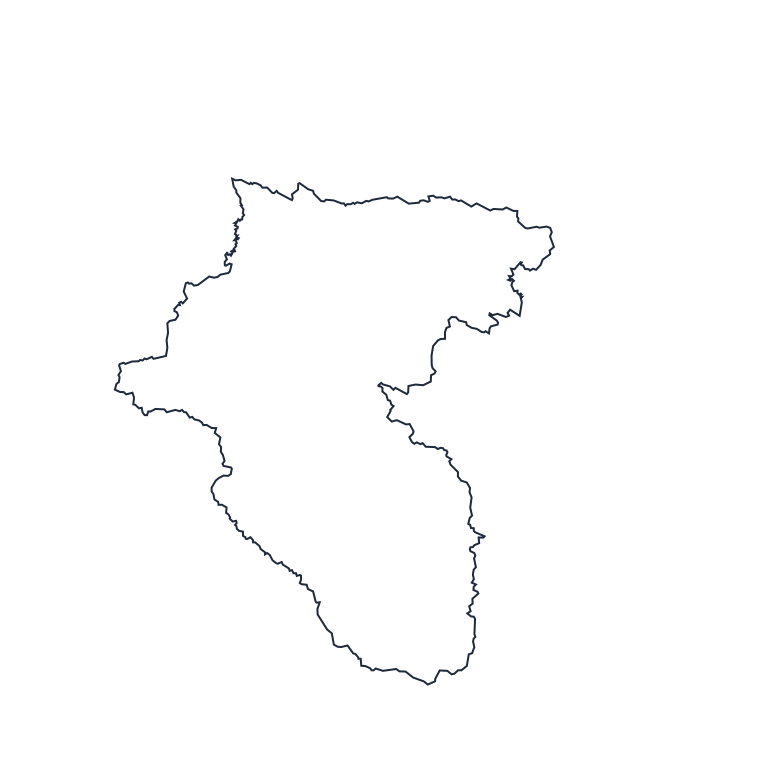 outline of Thong Pha Phum, Kanchanaburi, Thailand, rotated 132°
{"feature_id": "78962969B24065395096407", "entity_name": "Thong Pha Phum", "entity_type": "district", "adm_level": 2, "iso_a3": "THA", "parent_name": "Thailand", "parent_adm1": "Kanchanaburi", "projection": "orthographic", "projection_center": [98.674, 14.859], "detail": "fine", "context": "isolated", "style": "outline", "palette": "slate", "viewbox_px": 768, "rotation_deg": 132, "n_neighbors": 0, "source": "geoboundaries", "source_scale": "gbopen_adm2", "svg_char_len": 6166}
<svg xmlns="http://www.w3.org/2000/svg" viewBox="0 0 768 768"><g transform="rotate(132 384 384)"><path d="M597.9,192.9L587.6,184.2L587.2,180.2L583.3,175.6L582.6,165.8L578.3,155.3L578.1,150.4L570.8,147.1L568.6,148.7L559.6,150.9L554.8,145.0L554.5,139.5L552.1,137.8L547.2,137.4L544.9,134.9L538.1,133.8L528.2,140.1L525.1,138.4L519.1,140.8L515.8,145.5L513.2,147.0L510.8,146.9L509.3,149.5L497.7,159.1L496.8,161.5L498.5,163.8L498.7,168.6L494.9,167.6L492.2,172.0L487.9,171.2L484.4,174.6L476.6,173.7L475.8,175.5L477.2,179.7L474.8,181.6L471.5,181.5L472.9,185.8L468.9,186.6L466.3,190.3L462.0,193.1L458.7,193.1L453.3,200.4L450.4,201.3L449.2,203.8L450.4,207.9L449.4,209.7L447.5,210.5L445.8,208.9L443.3,209.0L438.6,206.8L434.7,211.0L431.7,207.4L429.9,207.4L433.2,217.1L433.1,218.9L431.1,220.8L432.8,223.0L431.0,225.8L431.6,227.8L426.1,230.7L422.9,230.5L418.2,237.2L409.7,243.0L407.2,248.0L403.7,250.5L401.8,256.6L404.2,262.0L403.3,267.2L400.0,270.0L399.4,280.7L397.7,283.8L394.8,283.6L395.9,289.0L395.1,290.3L392.2,291.2L391.6,293.0L392.8,295.2L392.2,297.2L393.6,299.3L396.3,300.5L396.7,303.8L402.7,311.0L402.1,315.8L404.4,316.7L405.4,320.6L408.2,321.5L408.4,324.5L406.5,329.6L401.9,329.2L399.4,330.3L396.6,338.1L399.3,340.6L402.3,350.3L406.7,353.1L406.4,359.5L399.6,361.0L399.2,362.0L394.0,362.1L394.4,364.8L392.3,368.3L393.4,370.4L390.5,375.0L390.6,380.2L388.1,382.3L388.0,384.8L389.3,386.6L388.6,387.3L385.0,386.8L385.1,384.7L381.8,378.0L382.0,373.1L379.2,372.9L376.2,360.3L374.1,360.4L369.1,364.5L363.2,360.1L358.7,354.1L350.9,350.9L346.0,354.9L342.5,353.5L340.1,354.0L339.7,358.6L337.9,361.3L331.0,367.7L322.9,372.9L315.5,373.1L312.7,372.0L309.5,368.9L304.8,373.3L300.6,375.1L297.2,373.5L293.4,378.9L289.0,378.6L286.2,375.1L286.7,370.7L283.1,364.3L284.8,362.0L283.6,356.4L280.9,351.9L280.0,346.3L278.6,344.2L276.8,343.8L276.2,339.9L271.9,342.8L269.6,343.1L263.8,339.3L262.1,340.3L261.4,342.6L262.4,351.8L260.8,352.7L260.1,349.3L255.9,346.6L252.7,338.3L249.5,336.8L248.5,339.7L244.4,340.0L242.6,328.8L231.1,336.2L228.9,339.5L226.9,339.6L228.1,340.6L227.4,341.7L225.5,341.6L225.3,342.9L227.1,343.4L227.1,345.8L225.3,347.2L227.9,349.4L225.4,355.3L222.2,356.9L220.4,356.5L220.3,358.9L222.8,359.3L223.5,361.3L221.0,360.4L220.1,363.3L218.5,361.2L216.1,361.0L213.3,366.8L211.4,363.8L202.1,364.0L201.5,362.9L203.4,362.7L203.8,361.4L202.7,359.9L204.2,356.1L201.8,353.2L202.0,351.4L198.6,350.4L197.4,347.4L190.6,347.3L185.4,349.3L176.3,347.4L173.9,350.2L168.5,349.4L163.2,359.4L158.9,360.9L156.8,365.0L158.3,368.6L163.9,373.1L165.0,375.8L172.2,381.2L173.5,383.4L173.5,393.0L171.0,395.1L170.7,397.1L166.2,400.7L168.8,403.7L171.0,411.2L174.9,412.6L180.7,419.8L184.0,421.1L187.9,436.1L193.7,437.8L196.0,449.6L198.2,450.9L199.1,454.4L201.3,456.8L200.6,460.3L205.6,463.3L206.8,466.2L210.5,469.9L211.1,473.4L214.9,476.5L217.2,472.6L219.3,473.3L220.9,477.4L223.6,479.7L225.8,479.3L233.4,486.3L235.9,499.5L240.1,501.3L243.3,505.1L243.3,506.9L255.0,516.0L258.5,517.5L259.9,519.8L264.6,521.4L266.9,525.5L269.8,526.4L270.0,528.2L272.6,529.0L275.0,531.7L277.2,531.9L276.6,534.7L278.1,536.1L281.2,544.1L285.9,550.5L288.5,550.7L290.1,553.2L289.5,563.4L287.9,566.0L290.0,570.7L291.2,581.1L292.6,581.7L297.2,577.9L304.6,579.3L307.1,576.1L309.0,575.5L312.8,590.6L312.3,593.0L315.8,593.4L316.7,594.9L316.2,602.2L319.5,605.8L318.9,608.8L320.2,613.0L321.7,615.3L323.6,615.6L323.6,617.6L325.5,617.7L327.9,626.8L332.0,630.6L333.0,634.2L337.9,627.8L338.9,623.4L340.6,621.7L342.0,615.0L345.5,612.0L346.2,609.3L347.2,609.8L348.2,605.3L351.5,603.2L352.0,601.0L354.5,601.0L356.7,599.5L358.0,600.7L359.1,600.4L359.1,602.5L360.8,601.8L364.2,602.7L363.3,601.4L365.9,600.7L365.0,597.8L366.5,597.0L368.7,598.1L369.1,596.2L372.3,595.1L372.0,593.5L373.3,592.4L372.3,592.0L374.1,591.6L372.9,589.6L374.2,589.4L375.2,591.5L377.4,591.4L376.4,590.2L377.9,587.6L379.5,587.9L380.3,586.1L383.9,586.2L385.4,582.6L385.1,584.7L386.9,584.9L386.3,585.9L387.7,586.3L387.7,584.4L391.0,583.6L390.6,585.4L392.3,585.9L392.6,587.3L390.7,588.5L394.5,588.2L396.5,584.1L399.8,584.1L402.3,581.7L401.8,580.6L397.8,579.3L397.0,577.3L403.5,573.9L405.7,574.0L412.3,578.8L415.8,579.3L418.7,581.4L421.1,585.8L435.0,588.6L438.0,591.0L438.0,594.5L439.9,596.0L439.7,597.6L441.7,598.7L449.3,594.7L452.3,587.5L458.7,587.5L458.7,589.7L460.6,590.6L461.9,588.5L462.8,589.9L468.6,590.0L470.0,588.5L469.3,585.8L470.9,582.7L475.8,582.0L480.6,585.5L483.9,585.6L490.5,578.7L496.8,575.0L502.2,569.1L509.0,564.8L519.5,572.1L519.1,574.7L524.5,577.0L525.3,579.0L528.0,579.1L529.3,581.3L531.2,581.5L535.9,586.3L542.2,589.7L542.4,591.7L546.0,593.7L547.3,593.4L550.5,588.1L555.1,587.3L555.8,585.1L560.0,582.3L562.9,582.9L568.3,580.2L566.5,574.6L564.2,572.1L564.2,568.6L558.8,565.1L561.4,560.6L566.9,556.7L565.9,555.0L566.0,549.8L563.8,548.2L566.7,544.3L567.3,541.1L565.7,539.2L562.1,540.8L560.7,539.1L555.5,537.2L549.8,530.2L550.4,526.6L542.9,521.7L540.9,517.6L538.4,516.8L538.7,513.9L537.5,512.2L539.0,505.9L536.7,504.5L537.2,501.3L534.8,496.9L534.5,493.2L535.5,490.8L533.1,488.4L532.0,482.6L529.1,479.2L533.6,477.0L533.2,469.8L539.1,466.4L539.9,462.8L543.6,459.9L544.6,456.2L547.9,451.0L551.4,450.6L552.2,448.3L548.4,441.8L548.7,440.5L553.4,437.6L556.7,438.4L559.3,441.9L564.4,443.8L568.4,444.4L576.3,442.8L579.2,440.2L579.9,437.1L583.3,432.7L582.6,428.4L584.5,426.1L582.2,423.7L581.1,418.4L585.4,415.1L585.0,412.2L586.2,409.0L587.3,408.6L587.4,404.4L584.6,402.3L586.1,400.4L588.4,400.4L588.4,398.5L590.1,396.4L590.1,393.4L588.1,390.1L591.2,387.1L590.6,384.6L591.5,383.2L590.7,381.9L587.2,380.7L587.7,376.9L589.3,375.4L587.9,373.8L587.8,367.8L589.2,365.4L588.7,359.7L590.2,358.4L587.8,357.7L587.5,354.6L589.6,348.8L589.3,344.3L588.7,342.7L584.8,341.0L585.9,338.3L584.7,331.1L586.0,329.1L583.9,327.8L585.2,324.7L583.5,322.8L585.0,320.4L582.3,318.8L581.9,317.5L585.0,314.6L588.2,313.5L588.0,311.4L584.9,307.1L587.3,303.3L585.6,297.9L591.5,289.1L591.6,287.8L589.2,285.7L595.8,282.9L599.7,279.1L604.5,262.0L604.2,256.0L611.2,246.9L610.3,242.7L608.0,239.7L602.7,236.1L604.8,226.7L603.8,224.5L604.4,220.3L605.3,219.2L603.8,217.5L608.6,212.3L606.0,209.0L604.5,203.9L605.1,201.7L603.7,200.1L601.0,199.8L597.9,192.9Z" fill="none" stroke="#1e293b" stroke-width="2"/></g></svg>